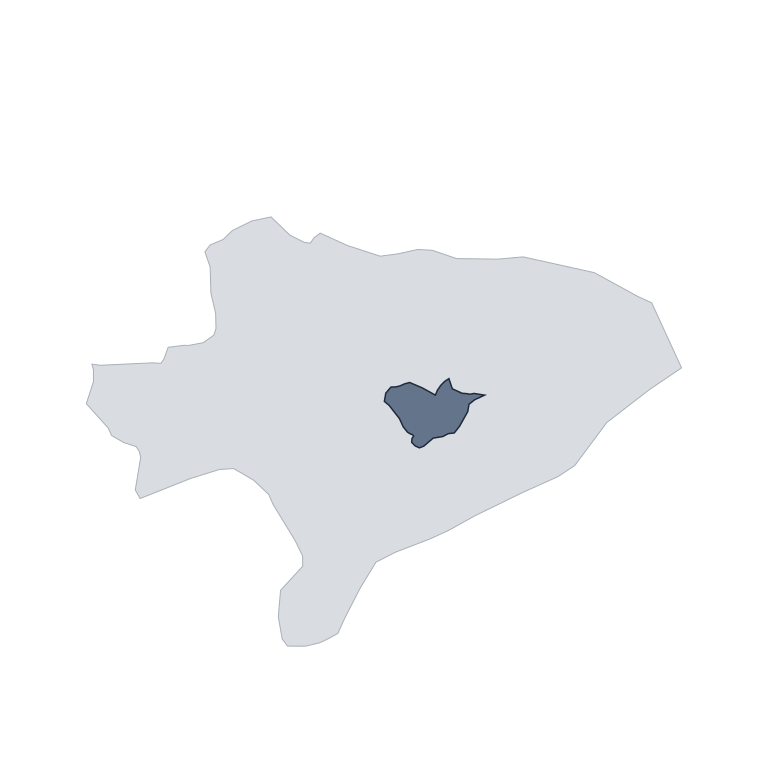 Mwaro highlighted on a map of Burundi, rotated 244°
{"feature_id": "BDI-5588", "entity_name": "Mwaro", "entity_type": "Province", "adm_level": 1, "iso_a3": "BDI", "parent_name": "Burundi", "parent_adm1": "", "projection": "robinson", "projection_center": [29.724, -3.536], "detail": "fine", "context": "in_parent", "style": "filled", "palette": "slate", "viewbox_px": 768, "rotation_deg": 244, "n_neighbors": 0, "source": "natural_earth", "source_scale": "10m", "svg_char_len": 1649}
<svg xmlns="http://www.w3.org/2000/svg" viewBox="0 0 768 768"><g transform="rotate(244 384 384)"><path d="M529.9,130.2L525.3,137.0L504.5,185.2L500.4,192.5L502.7,196.9L511.6,206.1L506.4,221.3L504.3,225.3L500.4,239.5L502.5,252.5L507.5,257.3L521.1,263.6L541.4,268.2L565.3,279.0L581.4,281.0L585.2,288.8L584.4,302.8L588.4,314.9L588.5,336.6L583.7,355.7L559.0,364.7L546.3,374.4L542.9,379.4L546.0,385.1L547.6,392.8L524.4,411.9L500.5,436.7L494.9,453.5L490.1,473.3L483.1,485.9L464.9,504.2L446.4,540.9L437.3,564.7L391.8,621.9L351.4,650.5L339.6,660.2L268.1,658.5L262.6,620.0L251.7,567.3L227.1,519.7L224.5,499.9L225.7,461.5L225.7,407.5L224.1,378.5L224.6,357.4L227.8,320.6L227.4,298.7L211.2,273.4L191.0,246.4L180.1,233.2L179.5,222.6L179.6,212.8L182.8,198.4L190.7,182.4L199.5,180.7L221.2,187.0L243.9,200.6L255.9,231.1L265.1,235.5L281.8,235.5L324.5,231.5L335.1,232.0L354.6,224.7L373.9,211.8L379.4,198.4L383.9,168.5L388.0,114.6L397.8,114.0L424.8,133.2L430.6,134.5L436.3,133.8L445.6,124.3L457.1,116.6L465.5,116.8L496.8,107.8L513.6,124.0L524.2,129.1L529.9,130.2Z" fill="#d9dde1" stroke="#a8b0b8" stroke-width="1"/><path d="M368.2,376.7L375.0,381.6L378.2,388.9L376.3,393.1L375.3,397.4L375.1,402.6L374.1,407.7L364.0,416.5L351.5,425.3L355.0,429.3L357.9,434.4L359.7,439.5L360.4,444.7L349.8,443.3L341.5,450.0L339.4,453.6L337.0,457.0L336.1,460.7L329.9,469.5L330.1,458.6L328.5,451.5L322.5,447.2L312.9,433.4L309.2,425.7L311.2,420.0L311.0,413.8L313.8,404.4L310.7,392.5L311.1,387.8L314.8,384.8L319.4,383.3L322.8,385.3L324.1,387.7L326.0,387.4L327.4,385.9L330.4,384.0L337.1,382.5L346.1,382.7L362.7,379.2L368.2,376.7Z" fill="#64748b" stroke="#1e293b" stroke-width="1.5"/></g></svg>